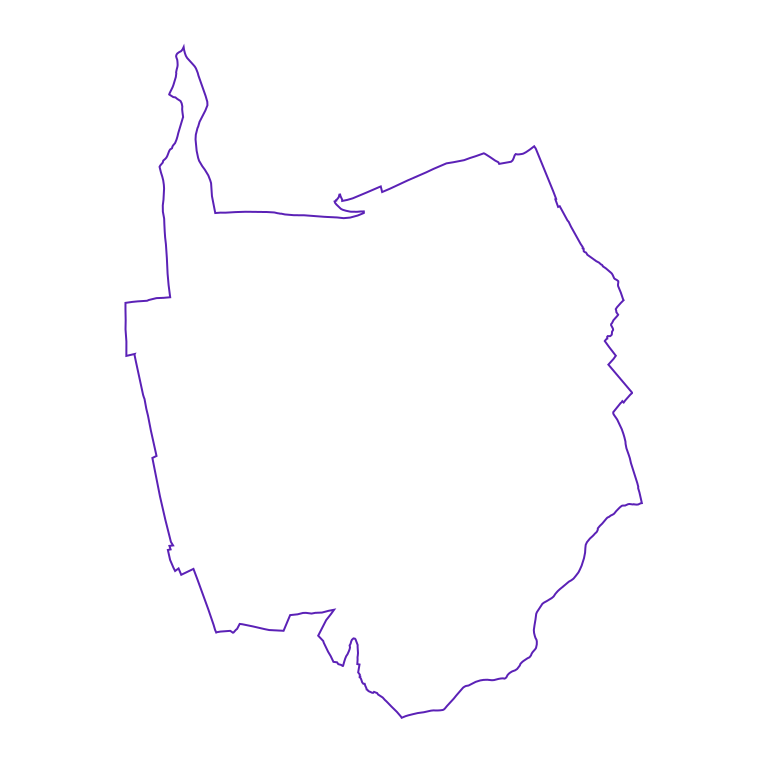 Vulturesti, Vaslui, Romania (Robinson projection), rotated 271°
{"feature_id": "2599482B20293343486233", "entity_name": "Vulturesti", "entity_type": "district", "adm_level": 2, "iso_a3": "ROU", "parent_name": "Romania", "parent_adm1": "Vaslui", "projection": "robinson", "projection_center": [27.534, 46.797], "detail": "fine", "context": "isolated", "style": "outline", "palette": "violet", "viewbox_px": 768, "rotation_deg": 271, "n_neighbors": 0, "source": "geoboundaries", "source_scale": "gbopen_adm2", "svg_char_len": 6092}
<svg xmlns="http://www.w3.org/2000/svg" viewBox="0 0 768 768"><g transform="rotate(271 384 384)"><path d="M564.8,556.6L564.1,555.0L571.7,552.1L572.0,552.9L579.5,549.9L622.1,531.6L624.3,530.0L620.9,525.7L618.3,522.0L616.8,519.3L616.4,517.9L615.9,514.7L615.9,513.1L616.2,511.7L615.0,510.7L611.8,509.6L609.7,508.6L608.4,507.1L606.1,495.3L607.7,494.5L609.3,491.3L612.8,486.0L615.8,481.1L616.4,479.8L613.4,471.8L611.4,465.9L609.2,460.2L606.9,449.3L605.7,442.6L599.9,429.7L596.3,422.4L588.0,404.2L579.4,386.6L575.9,378.8L581.5,377.3L575.3,363.6L569.1,349.5L567.4,344.0L566.3,339.0L567.7,338.9L571.2,337.2L572.7,336.8L572.6,336.1L570.0,335.5L567.7,333.8L567.2,333.0L566.5,333.1L565.7,331.4L564.3,331.9L562.7,333.2L558.4,337.8L557.5,339.6L556.6,342.8L555.7,347.4L555.7,354.0L556.1,357.8L556.2,360.8L554.7,360.9L554.5,360.6L552.0,354.8L549.8,347.2L549.1,340.7L549.7,334.3L550.1,321.8L551.3,301.2L551.2,291.0L551.8,282.0L552.5,278.4L552.5,277.0L552.7,276.2L552.9,274.6L553.6,271.4L553.9,264.3L553.8,242.9L553.3,232.7L552.5,222.1L552.5,217.8L552.0,212.3L568.9,208.7L581.8,207.6L584.6,206.7L589.5,204.7L595.2,201.1L598.6,198.5L604.0,195.2L606.9,194.2L613.9,192.6L625.3,191.3L630.0,191.5L636.5,193.0L638.1,193.7L642.9,195.0L654.3,200.6L659.6,202.6L663.1,202.4L668.9,200.6L689.1,193.1L691.9,192.3L696.2,190.5L698.1,189.3L699.8,187.8L706.5,181.5L708.6,180.2L711.2,179.2L714.8,178.2L717.4,177.8L715.2,176.8L713.9,175.9L713.2,175.2L712.1,173.2L710.8,171.5L709.7,170.8L708.2,170.4L706.6,170.8L704.6,171.6L702.3,171.9L699.3,172.1L697.5,171.9L694.7,171.2L691.9,170.7L691.0,170.9L687.3,170.5L679.5,168.3L677.2,167.5L670.8,164.5L669.7,164.2L667.2,168.3L666.9,170.5L665.5,172.2L663.4,175.6L661.1,176.8L658.0,177.5L655.0,177.4L651.8,177.8L647.3,178.5L646.9,178.3L639.4,176.2L631.2,173.9L628.0,173.2L624.8,172.3L621.2,170.9L618.9,169.0L617.9,168.4L616.0,167.9L614.7,166.0L613.1,165.1L608.4,163.4L606.6,162.5L605.3,161.4L603.5,159.4L601.5,158.9L598.6,156.5L597.2,155.8L591.6,157.3L587.4,158.7L583.7,159.7L579.3,160.4L575.6,160.7L564.4,160.3L558.7,159.7L552.5,159.9L545.5,161.3L539.9,161.6L532.5,162.1L526.8,162.6L520.0,163.5L506.0,164.7L490.5,165.7L479.2,166.9L467.0,168.7L466.3,162.0L465.9,155.0L463.9,147.4L463.1,145.7L462.3,136.1L461.7,131.0L460.6,124.1L454.3,124.2L443.2,124.6L434.2,124.6L421.9,125.7L407.6,125.9L409.7,134.3L409.0,134.0L402.7,135.4L369.0,143.3L366.3,144.2L364.9,144.8L355.0,146.8L348.1,148.6L333.5,151.7L308.1,157.8L306.0,153.7L267.6,162.0L244.6,167.7L222.4,173.7L218.9,175.9L218.4,172.3L214.9,173.5L214.3,170.8L204.4,173.2L196.8,176.6L193.4,178.4L196.0,181.8L189.7,184.6L195.8,196.7L185.5,200.8L155.5,212.3L140.3,217.8L135.2,219.4L132.6,220.6L132.9,221.2L133.6,224.7L134.5,234.6L132.7,237.3L132.9,237.9L135.6,240.2L136.6,241.4L141.6,243.9L141.3,246.6L139.3,257.3L136.8,269.1L136.0,273.5L135.5,287.9L151.3,294.2L152.2,301.6L153.7,307.1L153.8,310.1L153.2,315.6L154.0,319.3L154.4,326.0L156.3,332.7L157.4,338.0L153.2,335.1L146.9,330.3L131.2,322.6L126.0,327.7L124.2,328.3L115.3,332.8L111.1,335.4L105.3,338.3L104.9,341.9L103.1,343.2L102.4,346.0L101.4,347.5L101.5,348.0L105.4,349.0L108.8,350.0L111.3,351.0L113.1,352.2L116.4,353.6L118.4,354.3L120.1,354.6L122.1,354.2L122.6,354.6L124.0,355.2L126.1,355.7L127.7,356.4L129.1,357.9L128.9,359.3L128.2,360.0L122.6,362.2L120.8,362.2L114.5,362.7L111.8,362.5L110.5,362.3L107.8,362.4L103.5,362.2L103.1,364.4L95.2,363.2L93.0,364.9L90.7,364.8L90.8,365.4L89.9,365.4L88.7,366.2L85.3,367.4L83.9,368.6L83.9,369.9L81.3,370.8L80.3,371.4L78.2,372.0L78.1,372.6L76.7,373.8L75.1,377.5L75.0,378.5L76.0,379.4L74.8,382.6L73.5,383.4L70.5,388.2L68.1,390.4L66.7,392.0L61.6,397.1L56.4,402.6L51.7,406.8L50.6,407.5L52.3,411.5L53.2,414.3L54.5,419.2L55.6,423.6L56.5,429.5L58.2,436.6L58.5,438.9L58.5,443.3L58.7,445.8L59.1,448.5L59.6,449.5L60.5,450.5L63.4,452.8L70.7,459.3L73.8,461.7L79.3,466.3L81.8,468.4L82.8,469.8L83.5,471.2L84.0,473.8L87.8,480.9L89.3,485.4L89.9,488.8L90.1,492.4L89.7,497.1L89.9,499.2L91.2,503.9L91.6,506.0L91.8,508.2L91.5,509.4L91.7,510.1L92.7,511.4L95.1,512.6L96.6,513.9L97.7,515.3L98.9,517.2L100.0,520.1L101.4,522.1L104.9,524.7L106.6,525.3L107.9,526.5L108.8,527.4L109.8,528.7L112.3,532.3L113.2,534.1L113.6,534.5L115.2,535.7L116.9,536.3L118.4,537.2L121.6,539.9L122.8,540.6L126.3,541.3L129.2,541.3L131.0,540.9L132.7,539.9L134.7,539.2L137.7,538.4L140.6,538.1L145.4,538.7L151.4,539.6L156.8,540.2L158.6,540.9L167.0,546.2L168.3,547.9L169.7,550.4L173.0,555.6L174.5,557.3L177.3,559.1L179.8,561.2L182.0,563.5L186.0,568.2L189.6,572.3L191.0,574.7L192.7,576.9L195.5,579.1L199.0,581.7L201.9,583.1L205.9,584.8L213.3,587.0L218.9,588.0L223.6,588.2L226.7,588.5L229.4,589.7L233.1,592.6L235.5,595.2L237.1,596.7L238.0,597.4L239.5,599.0L240.2,599.5L242.0,600.3L243.4,600.3L246.0,602.4L248.2,604.6L253.5,608.9L254.4,609.8L255.0,611.2L256.5,613.1L257.3,614.8L258.3,616.3L261.1,618.5L264.7,621.9L266.3,623.8L266.6,624.6L266.7,627.2L268.1,630.2L268.3,631.6L267.9,635.0L268.2,635.9L268.0,636.2L267.8,638.7L268.0,640.3L269.2,642.7L269.4,643.9L280.0,641.3L284.4,639.9L285.7,640.0L289.3,639.0L309.2,632.3L314.1,631.1L317.3,630.0L324.0,627.5L328.3,626.6L330.7,626.4L334.9,625.3L338.4,624.2L343.0,622.5L352.5,617.8L357.1,614.5L358.3,613.8L359.8,613.7L369.2,621.0L369.7,621.8L371.0,622.6L369.7,624.0L371.7,625.4L377.5,630.3L379.2,632.1L379.8,632.1L407.3,608.0L413.0,613.0L416.3,615.3L424.8,608.5L430.8,604.0L432.4,605.2L433.1,606.0L433.3,606.5L435.0,606.3L435.8,606.9L435.8,609.3L436.8,610.5L437.5,610.9L440.3,611.1L442.0,612.1L442.6,612.1L443.6,611.8L446.9,610.0L447.9,610.1L449.0,611.0L451.8,612.3L456.3,616.2L457.3,616.9L459.8,615.1L461.4,614.9L462.9,614.4L464.9,615.7L469.1,619.3L472.0,622.1L472.5,621.7L479.5,619.2L485.9,616.4L487.2,616.2L490.0,616.5L490.9,616.4L491.9,615.2L493.2,612.8L493.7,612.3L497.1,610.7L498.2,610.0L498.8,609.5L503.6,603.7L505.5,600.7L506.0,600.6L506.9,599.9L507.4,598.8L509.1,596.9L510.5,594.1L514.4,588.5L516.8,585.0L518.1,584.3L519.0,583.6L519.4,582.4L520.2,581.4L522.9,581.2L523.1,580.7L523.0,580.3L523.1,580.2L523.7,580.3L524.4,580.3L527.4,578.2L544.6,568.2L549.4,565.8L550.7,564.6L553.0,563.3L564.8,556.6Z" fill="none" stroke="#5b21b6" stroke-width="2"/></g></svg>